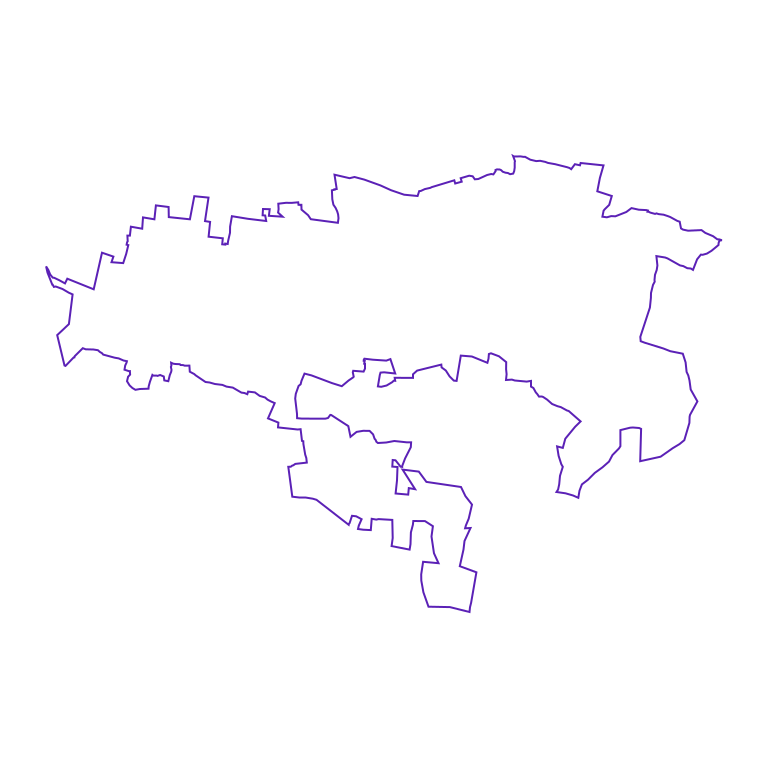 the district of Izamal, Yucatán, Mexico
{"feature_id": "50627088B52371381549393", "entity_name": "Izamal", "entity_type": "district", "adm_level": 2, "iso_a3": "MEX", "parent_name": "Mexico", "parent_adm1": "Yucatán", "projection": "orthographic", "projection_center": [-88.999, 20.883], "detail": "fine", "context": "isolated", "style": "outline", "palette": "violet", "viewbox_px": 768, "rotation_deg": 0, "n_neighbors": 0, "source": "geoboundaries", "source_scale": "gbopen_adm2", "svg_char_len": 6098}
<svg xmlns="http://www.w3.org/2000/svg" viewBox="0 0 768 768"><path d="M472.0,504.6L465.4,496.1L461.0,487.0L426.4,481.9L418.8,471.6L402.6,469.6L415.1,489.2L408.8,488.1L408.2,494.6L395.6,493.5L397.0,480.4L397.5,467.0L392.3,466.6L392.7,460.0L395.5,460.3L400.6,466.7L402.2,466.9L402.2,466.0L405.1,458.4L410.8,447.2L411.1,442.3L406.5,442.3L394.3,441.0L386.2,442.5L377.9,443.0L376.4,441.8L375.5,439.7L374.6,438.8L373.1,434.4L369.6,430.9L363.2,430.8L356.6,431.9L350.5,436.8L348.3,426.1L331.2,415.0L330.3,414.9L328.0,418.0L325.2,418.7L301.8,418.6L297.1,418.2L297.0,413.8L295.2,398.5L295.8,393.8L298.6,385.9L300.6,384.3L301.5,380.8L304.5,373.6L311.5,375.4L332.0,383.1L341.8,386.2L348.6,380.5L353.4,377.2L353.7,376.7L352.8,372.3L353.2,370.8L363.6,371.6L365.0,368.6L365.0,363.8L364.2,363.7L364.7,360.9L363.7,360.8L363.8,359.6L364.4,358.7L372.8,359.7L386.3,360.6L390.4,359.1L395.2,373.5L384.1,372.3L380.5,372.6L379.8,375.0L377.9,386.4L381.2,386.8L386.6,385.5L392.3,382.1L393.7,380.7L395.2,380.8L394.7,377.8L413.0,377.9L413.0,374.3L417.1,370.6L441.3,364.6L441.6,367.4L445.8,370.5L449.6,376.4L453.8,380.6L456.6,380.9L460.8,355.6L471.9,356.5L487.4,362.8L488.5,358.7L488.9,354.0L491.0,353.3L499.0,356.3L506.2,362.1L506.1,369.3L506.6,374.2L506.0,380.0L511.9,379.6L514.8,380.5L526.7,381.6L531.0,380.9L531.0,386.6L533.4,388.0L535.8,392.4L537.3,394.1L539.0,396.6L541.8,396.5L543.2,397.0L547.1,399.6L552.1,404.0L557.5,406.2L560.8,407.1L567.0,410.5L568.7,411.0L580.6,421.4L575.1,426.8L565.3,438.7L562.8,447.9L557.1,446.4L558.6,455.8L561.3,464.2L562.8,466.8L560.0,475.8L559.2,484.3L558.1,489.5L556.5,492.0L565.5,493.3L573.1,495.5L578.3,497.8L579.5,490.7L581.9,484.4L587.9,479.8L594.8,472.9L602.5,467.3L609.0,461.6L612.5,455.0L619.0,448.4L620.4,446.2L620.4,430.1L630.1,427.7L632.9,427.5L639.1,428.0L641.1,428.9L640.2,461.2L660.6,456.7L672.7,448.2L679.5,444.1L684.3,440.2L689.4,422.9L689.6,416.8L690.0,414.9L697.4,401.4L690.7,389.5L689.5,380.5L688.3,375.5L686.6,371.9L685.6,362.4L682.8,353.7L670.3,351.2L663.4,348.5L644.7,342.7L640.7,341.2L640.3,336.9L649.9,307.6L650.9,297.9L651.0,293.0L653.0,284.9L654.7,281.7L654.5,280.0L655.0,274.8L656.7,270.0L657.4,265.5L656.4,256.1L665.1,257.5L667.5,258.4L680.0,265.4L683.3,266.1L687.3,268.2L690.8,268.5L693.0,269.9L697.1,259.3L700.9,254.6L702.6,254.8L706.9,253.6L711.5,250.8L718.5,245.0L718.6,243.0L719.4,240.7L721.9,240.2L719.3,239.4L717.3,239.3L713.1,236.2L705.3,232.9L701.5,230.1L688.1,230.7L683.0,229.6L681.0,228.4L679.7,221.7L677.3,220.9L670.2,217.0L667.8,216.1L663.6,214.7L658.6,214.1L656.5,213.4L655.1,213.9L650.3,212.6L648.8,211.8L647.5,211.7L647.9,210.5L646.3,210.1L638.8,209.7L631.5,208.1L626.3,212.0L615.4,216.3L611.2,216.1L606.9,217.3L602.4,216.7L603.6,210.7L604.7,209.3L609.2,204.9L611.8,196.0L597.3,191.3L599.9,177.9L603.5,165.4L580.6,163.0L580.0,165.3L574.9,164.2L571.2,169.2L569.5,168.0L567.1,167.2L555.2,164.2L547.9,162.9L545.3,161.9L540.1,160.8L536.2,161.1L530.3,159.7L525.0,156.8L523.7,156.9L520.6,156.4L514.0,156.5L513.1,156.0L515.0,161.2L514.7,162.1L514.7,167.6L514.2,171.1L513.2,173.6L510.1,174.2L507.9,173.0L505.5,172.7L502.7,171.7L501.2,170.2L499.7,169.5L496.9,169.4L495.5,170.0L495.6,171.1L493.4,174.4L491.2,174.0L487.1,175.0L478.3,179.0L474.8,179.3L472.7,176.3L469.2,175.7L460.7,178.2L461.7,181.7L455.2,183.5L454.3,180.3L431.5,187.2L430.5,187.8L424.8,189.1L420.7,191.0L419.2,191.1L417.6,196.0L404.1,194.7L391.0,190.2L380.4,185.4L364.3,179.6L354.5,177.0L349.6,178.2L334.5,174.7L336.7,189.0L334.5,189.3L334.6,189.7L331.9,190.3L332.3,199.3L333.4,204.7L335.6,207.9L337.2,211.4L338.1,214.4L338.5,218.2L337.9,222.8L310.8,219.2L308.1,215.2L301.5,209.6L301.4,205.2L301.0,205.2L301.1,204.8L298.5,204.8L298.2,202.3L291.5,202.9L286.0,202.8L278.3,203.7L278.6,209.1L278.1,212.6L282.6,216.7L268.9,215.8L269.7,209.2L263.0,209.0L262.6,215.3L265.2,215.5L266.2,221.0L247.9,218.8L231.9,216.2L230.1,226.6L230.0,232.8L228.1,241.0L227.7,244.0L225.3,243.6L225.3,244.6L222.2,244.3L222.8,238.3L208.6,236.7L210.1,221.9L205.0,221.1L208.5,197.6L194.3,196.2L189.9,219.3L168.8,217.1L168.6,207.0L155.9,205.4L154.4,219.3L143.0,217.4L142.2,228.7L130.9,226.7L129.9,235.6L127.4,235.6L127.7,241.3L127.1,242.2L126.6,244.7L128.3,245.1L126.2,253.9L123.2,263.1L111.5,262.2L113.4,256.6L102.0,252.7L93.7,289.3L67.3,278.7L65.0,283.4L59.4,280.3L54.2,277.8L52.7,277.6L50.2,274.5L48.4,270.1L46.1,266.4L47.5,272.6L52.3,284.7L52.7,284.7L53.9,286.9L55.7,286.5L62.5,289.0L68.8,292.7L72.6,294.4L68.9,324.1L57.2,335.1L64.5,365.5L65.5,365.9L73.7,357.4L74.4,357.4L74.8,356.1L82.8,348.2L85.7,349.3L93.4,349.5L97.9,350.2L99.8,351.9L102.0,353.2L103.2,354.6L114.7,357.7L118.7,358.4L123.5,360.5L126.9,361.2L126.6,362.5L125.2,365.5L124.5,369.7L129.0,371.2L129.9,371.1L130.1,374.6L128.1,376.7L127.0,381.2L129.6,385.4L132.4,388.0L135.4,389.8L139.9,389.0L148.5,388.7L148.7,386.3L149.9,381.9L152.4,374.9L153.3,375.6L156.6,375.6L157.5,375.9L160.1,375.0L163.8,376.5L164.3,380.4L168.3,381.2L169.8,375.1L171.2,371.7L171.5,369.9L170.9,366.9L171.4,365.6L171.1,362.7L173.3,363.7L175.3,364.0L179.8,364.2L180.5,365.0L183.1,365.1L184.8,365.7L189.4,365.6L189.8,371.7L194.3,374.1L195.6,375.3L205.5,382.0L209.6,382.5L214.9,384.0L222.4,384.9L226.5,386.6L232.8,387.6L241.4,392.6L244.4,393.0L247.3,394.2L248.1,391.6L254.9,392.4L259.7,395.9L265.1,397.5L267.5,399.6L270.8,401.4L274.7,403.1L268.0,418.4L278.4,422.6L278.0,427.4L297.6,429.5L300.6,429.2L302.0,440.9L303.3,441.2L303.4,444.0L305.2,454.6L306.3,458.0L306.8,462.6L295.3,463.9L293.3,465.3L292.2,465.6L290.8,466.7L288.3,466.8L292.3,496.7L299.2,497.5L305.4,497.5L312.8,498.7L316.5,499.8L348.7,524.8L348.9,523.7L349.6,523.1L352.0,515.8L356.2,516.3L361.6,519.2L358.8,525.6L358.0,529.0L363.1,529.7L370.8,530.1L371.7,518.8L376.3,519.6L378.5,519.1L392.3,519.9L392.7,538.0L391.6,546.1L409.6,549.6L410.5,544.2L410.9,532.4L412.9,524.7L413.3,521.0L425.0,521.1L432.9,526.2L431.5,536.5L433.8,552.1L434.0,553.3L438.5,563.2L423.1,561.8L421.2,574.4L421.3,580.6L423.4,592.3L428.5,606.7L449.9,607.1L469.5,612.0L470.0,607.2L471.1,602.8L476.4,572.3L459.8,566.2L463.5,549.5L464.5,541.0L470.5,528.0L465.1,528.3L465.9,525.4L468.7,518.7L472.0,504.6Z" fill="none" stroke="#5b21b6" stroke-width="2"/></svg>